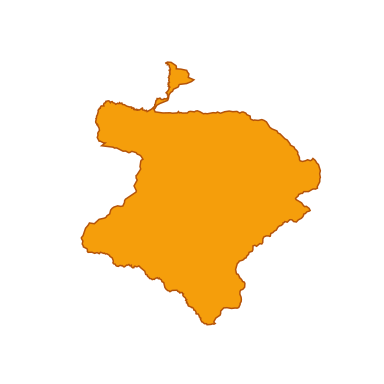 outline of Pensilvania, Caldas, Colombia, rotated 57°
{"feature_id": "7082276B91355004650478", "entity_name": "Pensilvania", "entity_type": "district", "adm_level": 2, "iso_a3": "COL", "parent_name": "Colombia", "parent_adm1": "Caldas", "projection": "albers", "projection_center": [-75.149, 5.404], "detail": "fine", "context": "isolated", "style": "filled", "palette": "amber", "viewbox_px": 384, "rotation_deg": 57, "n_neighbors": 0, "source": "geoboundaries", "source_scale": "gbopen_adm2", "svg_char_len": 5980}
<svg xmlns="http://www.w3.org/2000/svg" viewBox="0 0 384 384"><g transform="rotate(57 192 192)"><path d="M69.5,143.7L70.0,143.8L70.8,142.2L71.9,143.3L72.4,142.3L73.5,142.1L74.6,142.8L77.2,143.2L77.9,143.8L77.3,144.5L77.4,144.9L79.4,145.0L80.1,146.2L81.0,146.0L81.6,146.6L81.6,147.6L82.4,148.0L83.2,149.5L84.3,149.3L85.9,150.8L87.7,151.2L87.7,152.7L88.8,152.6L88.9,153.5L90.0,153.5L90.4,154.2L91.0,153.5L92.0,153.5L92.1,154.7L93.0,155.1L94.0,156.9L94.7,159.7L96.3,159.1L97.1,159.8L98.0,159.4L99.6,161.0L99.9,162.3L99.9,163.0L98.5,164.5L98.9,165.5L97.7,167.4L95.8,167.7L95.5,169.2L94.6,170.4L95.5,171.0L95.7,172.4L98.3,175.0L98.4,175.6L99.7,176.5L100.5,180.8L100.1,185.9L98.7,185.7L98.4,187.1L97.3,187.4L96.6,188.5L95.5,188.6L94.9,187.8L94.5,187.9L94.6,191.1L94.3,192.1L93.6,192.4L93.8,193.1L93.4,193.6L92.6,193.3L92.3,193.6L92.6,194.1L91.9,195.1L91.6,195.4L91.1,195.1L90.9,195.8L89.7,195.2L88.9,196.9L88.3,196.3L87.5,196.7L86.7,198.0L84.4,200.0L82.0,201.1L80.7,202.7L79.2,202.4L78.8,203.8L77.7,204.1L78.2,204.7L77.9,205.4L77.1,205.8L76.9,208.2L75.4,208.5L74.1,209.6L72.7,209.7L72.3,210.7L72.7,211.8L70.6,211.9L69.9,212.6L69.1,214.8L69.6,215.0L69.5,215.5L70.0,216.1L69.7,217.2L70.0,217.9L70.7,218.7L71.8,219.0L70.4,221.3L70.9,222.5L71.8,223.3L71.4,224.0L72.0,224.6L71.8,225.1L72.4,226.3L73.6,226.9L76.0,229.7L76.3,230.6L78.1,232.0L78.1,232.6L79.0,232.9L80.4,234.4L81.6,235.0L83.0,234.5L83.7,235.2L84.5,234.5L84.9,234.9L87.8,235.1L90.0,236.1L90.9,238.4L91.9,239.4L93.0,239.7L94.7,241.8L98.9,242.2L99.2,241.4L102.3,239.6L103.6,238.1L104.0,242.6L111.4,233.8L112.9,233.1L114.0,231.2L120.2,227.6L121.6,225.3L124.5,223.7L125.0,222.7L125.1,220.4L126.6,219.0L128.6,217.4L130.4,217.3L132.5,215.7L134.3,215.2L137.8,215.3L137.7,217.3L138.3,218.2L142.4,221.8L144.8,222.5L147.7,228.8L147.8,230.0L150.0,231.3L152.1,231.4L155.3,237.3L160.7,238.0L161.6,239.1L161.8,251.7L162.5,253.2L164.0,254.3L166.1,257.7L165.2,259.7L163.1,261.9L162.1,265.8L162.2,267.9L162.9,270.1L165.6,273.0L165.6,276.3L166.3,277.5L166.3,279.4L164.3,284.8L165.4,291.2L162.1,294.9L163.3,297.2L164.4,301.0L169.3,307.2L170.0,309.6L170.9,310.1L173.7,310.2L175.8,312.4L177.8,312.5L178.9,313.0L182.3,311.0L183.4,311.1L184.8,312.1L186.0,312.0L188.0,308.7L190.4,307.1L191.1,304.6L193.2,303.4L192.7,301.5L195.3,299.6L195.6,298.7L196.8,298.4L197.4,297.1L200.2,295.7L201.3,295.9L203.8,294.8L206.6,295.4L207.9,296.2L208.3,296.9L209.6,296.8L210.8,295.7L212.2,295.9L213.4,295.3L214.3,294.2L214.2,293.0L214.8,291.7L215.5,291.3L215.7,290.6L217.5,290.1L218.0,289.4L217.7,286.6L218.4,285.7L218.4,284.4L220.1,284.2L220.4,282.8L221.5,283.6L223.3,283.0L223.8,281.9L223.0,281.1L223.1,280.3L224.4,279.4L225.0,278.1L224.9,277.2L225.4,276.6L227.2,276.4L232.7,274.7L235.9,275.7L237.3,274.7L238.5,275.2L240.5,274.5L241.4,274.7L242.6,273.4L243.8,273.1L244.1,271.9L244.8,271.1L244.5,270.0L245.0,267.7L246.4,267.5L246.4,266.3L247.7,266.3L248.8,265.5L250.9,266.0L252.5,265.0L257.2,266.7L259.1,266.7L261.4,266.1L262.4,265.1L263.6,264.8L263.7,262.3L266.2,258.1L267.6,258.1L268.3,257.2L269.1,257.4L269.5,256.9L270.1,257.1L270.3,255.9L271.1,254.9L271.9,255.2L272.9,254.7L273.3,255.8L274.8,256.0L277.1,255.2L278.5,255.5L279.4,255.2L279.5,256.3L280.9,256.0L281.8,256.9L282.3,256.4L283.0,256.8L283.9,256.4L284.3,256.9L285.6,257.1L287.9,255.4L288.6,255.4L289.0,254.6L290.4,254.2L292.1,254.7L292.5,254.1L293.7,253.9L295.8,254.3L296.0,254.8L296.5,254.9L297.7,253.3L300.1,253.4L300.6,253.9L302.6,253.3L302.9,254.1L306.2,254.5L306.9,253.9L309.2,253.3L310.4,251.5L311.5,251.7L313.4,248.2L313.7,246.8L314.8,245.5L314.9,244.2L313.6,244.6L312.6,244.2L310.7,240.7L310.6,235.6L309.7,234.3L307.5,232.8L306.5,228.5L308.1,225.6L311.2,222.3L312.7,219.2L314.1,217.2L314.3,215.7L312.6,213.0L311.6,212.3L310.7,210.5L309.1,209.2L306.9,208.1L303.7,207.5L301.5,205.9L300.8,204.6L301.3,202.3L300.5,199.7L297.6,197.5L296.1,197.2L294.5,198.4L293.3,198.1L290.9,198.3L289.8,198.9L289.4,198.5L286.7,198.2L285.9,198.3L285.3,199.1L284.1,199.0L280.7,197.6L276.6,192.9L276.5,191.4L275.7,190.1L276.7,186.7L276.8,185.3L276.2,184.2L276.7,182.6L275.4,180.6L275.2,178.7L273.7,177.0L274.5,173.8L273.6,172.4L270.4,170.2L270.9,168.3L272.7,167.4L272.2,163.3L273.6,161.8L272.9,160.2L269.9,158.1L268.8,156.1L269.3,153.6L270.7,151.5L271.4,151.2L271.7,150.4L269.7,148.5L270.1,146.5L269.6,144.0L269.9,142.1L268.3,139.2L268.0,136.8L268.6,135.9L268.5,133.5L267.5,132.4L267.8,131.5L267.3,130.3L269.2,128.5L268.5,125.2L269.2,123.9L270.1,123.2L272.1,122.9L274.0,120.8L273.3,118.1L273.6,114.6L273.2,112.8L272.5,111.4L271.4,110.3L271.8,108.6L271.2,106.3L271.9,104.1L271.9,103.0L269.5,102.7L266.3,103.9L265.6,105.5L264.1,105.9L260.8,106.0L254.9,108.9L253.7,108.6L253.1,104.9L252.1,103.9L252.5,102.4L252.4,101.7L253.3,100.1L252.6,98.0L255.1,94.1L255.3,89.5L255.8,88.1L256.8,86.9L257.1,84.7L255.7,84.0L253.0,79.3L250.4,77.5L249.8,76.5L246.2,75.0L244.1,72.8L237.8,71.0L235.6,71.6L232.7,71.4L229.7,72.3L230.4,74.4L230.1,75.8L227.9,77.5L227.6,79.8L226.6,82.7L224.8,84.3L223.5,84.3L221.5,83.1L218.9,82.7L218.0,82.9L216.3,81.6L214.2,81.6L211.6,82.3L210.0,81.9L206.1,84.0L205.2,83.6L200.3,83.8L198.0,85.1L191.2,86.5L189.5,87.7L187.0,87.5L182.7,90.5L180.2,91.5L173.8,91.4L171.3,92.5L169.3,94.0L168.0,97.5L165.6,100.5L165.5,101.3L163.2,102.9L162.4,103.1L160.0,101.9L157.0,103.9L155.2,103.9L152.9,105.4L152.1,106.6L151.8,109.0L148.9,110.4L146.9,114.0L144.4,116.7L142.5,120.8L141.5,125.2L138.8,127.1L138.7,128.9L137.0,131.0L134.7,136.6L133.4,138.1L132.6,139.8L129.1,141.6L126.8,143.3L126.2,144.7L126.1,146.3L123.5,149.4L122.9,150.9L123.2,152.9L120.6,157.1L119.4,158.0L118.7,159.6L117.2,159.5L117.6,161.4L115.3,165.5L113.6,167.3L109.9,173.3L104.7,179.3L101.7,178.8L101.8,177.6L100.1,174.3L100.3,170.8L101.9,162.6L100.8,160.9L98.1,158.4L96.9,155.9L96.9,153.4L95.7,151.6L96.4,146.7L96.2,145.9L95.1,144.7L95.1,143.6L98.1,137.5L99.1,132.3L98.9,129.3L93.9,132.7L91.3,130.3L89.1,130.5L87.1,130.2L82.9,134.4L80.1,138.1L78.7,137.0L77.3,136.6L71.9,138.9L69.7,141.8L69.5,143.7Z" fill="#f59e0b" stroke="#b45309" stroke-width="1.5"/></g></svg>